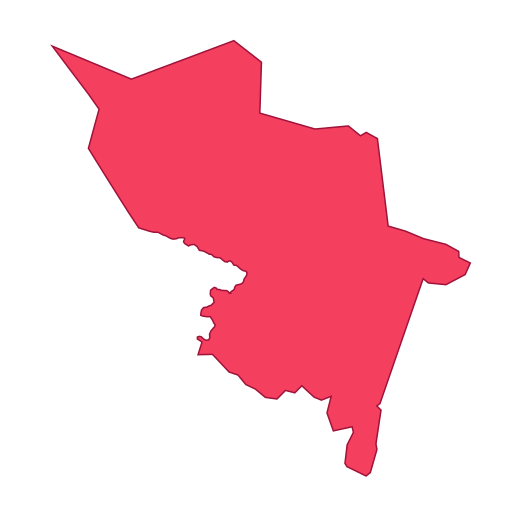 Randolph, West Virginia, United States of America, rotated 93°
{"feature_id": "52423323B54631605576846", "entity_name": "Randolph", "entity_type": "district", "adm_level": 2, "iso_a3": "USA", "parent_name": "United States of America", "parent_adm1": "West Virginia", "projection": "orthographic", "projection_center": [-79.767, 38.752], "detail": "fine", "context": "isolated", "style": "filled", "palette": "rose", "viewbox_px": 512, "rotation_deg": 93, "n_neighbors": 0, "source": "geoboundaries", "source_scale": "gbopen_adm2", "svg_char_len": 2132}
<svg xmlns="http://www.w3.org/2000/svg" viewBox="0 0 512 512"><g transform="rotate(93 256 256)"><path d="M57.1,470.4L61.4,466.8L77.2,453.6L88.7,443.9L103.7,431.3L117.6,420.4L137.3,424.7L157.3,429.0L180.3,413.0L203.9,396.4L219.0,385.7L234.0,374.6L234.9,371.3L235.8,367.7L236.8,363.9L237.6,359.5L237.5,354.9L239.8,350.0L240.7,346.7L242.8,342.6L243.5,339.8L243.0,336.6L241.9,334.3L241.6,331.3L241.7,328.6L242.1,328.1L243.4,328.3L244.2,328.8L245.7,329.1L247.3,327.8L249.5,323.9L248.3,321.8L247.7,318.3L249.7,315.3L253.3,312.8L253.7,309.4L254.4,307.2L255.0,306.2L255.8,304.3L256.7,302.8L256.6,301.3L257.0,300.2L259.0,297.9L259.6,295.1L259.7,291.7L262.2,288.5L263.4,286.6L263.5,284.0L262.7,283.5L262.2,281.7L263.3,279.8L266.3,277.6L266.4,275.0L268.2,272.7L269.8,270.8L271.4,267.8L271.6,265.6L272.9,264.2L275.4,264.2L277.4,265.3L279.4,266.6L282.5,267.2L284.4,268.8L285.3,271.3L286.2,274.4L287.8,275.4L290.7,276.1L292.6,278.7L293.8,279.7L294.5,279.3L294.7,280.8L293.4,281.4L292.1,283.4L292.1,285.6L292.1,288.9L291.3,290.7L291.5,291.5L291.2,293.3L290.3,293.7L289.5,295.9L290.7,297.6L292.6,299.6L296.1,299.7L298.1,299.2L300.0,296.5L304.4,295.4L307.6,298.3L308.4,300.5L309.6,302.4L310.3,305.8L312.9,307.6L315.8,308.0L318.1,308.1L318.8,305.9L319.2,302.2L319.0,298.5L322.3,296.1L325.6,294.4L326.8,293.1L329.1,293.8L330.0,294.7L333.2,297.1L336.5,298.3L340.3,297.9L342.3,299.0L342.7,301.8L341.7,303.8L339.5,306.5L339.2,308.4L340.0,310.3L342.0,310.2L343.1,308.1L344.8,305.4L357.6,308.7L356.5,294.3L373.3,276.8L375.8,267.8L384.9,259.4L388.9,249.7L396.7,239.3L397.7,227.6L388.7,219.5L390.6,210.1L383.2,203.5L393.9,190.6L396.5,183.1L392.2,173.6L409.0,176.9L426.6,169.6L421.5,151.1L427.0,149.5L439.8,155.1L458.5,156.3L461.7,154.0L469.9,134.6L466.3,130.5L442.9,125.1L437.3,126.4L403.4,123.1L399.4,127.5L396.9,124.5L335.7,106.9L269.9,87.9L273.9,82.5L274.7,64.8L263.6,46.2L251.8,41.6L246.8,53.2L240.8,53.8L234.4,67.0L229.9,89.6L223.3,108.1L219.2,125.6L132.4,140.9L126.8,152.4L130.5,158.0L121.3,170.6L126.1,203.8L113.1,259.7L105.5,259.8L62.2,260.7L42.1,289.4L74.3,363.2L85.9,389.7L57.1,470.4Z" fill="#f43f5e" stroke="#9f1239" stroke-width="1.5"/></g></svg>